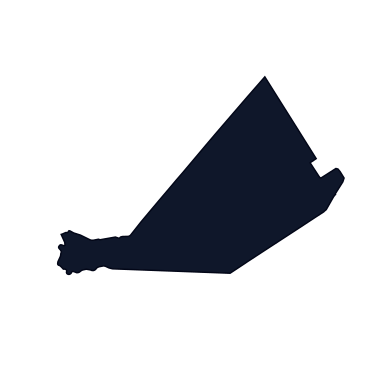 Mafraq, Mercator projection, rotated 343°
{"feature_id": "JOR-850", "entity_name": "Mafraq", "entity_type": "Province", "adm_level": 1, "iso_a3": "JOR", "parent_name": "Jordan", "parent_adm1": "", "projection": "mercator", "projection_center": [37.07, 32.534], "detail": "fine", "context": "isolated", "style": "filled", "palette": "ink", "viewbox_px": 384, "rotation_deg": 343, "n_neighbors": 0, "source": "natural_earth", "source_scale": "10m", "svg_char_len": 1631}
<svg xmlns="http://www.w3.org/2000/svg" viewBox="0 0 384 384"><g transform="rotate(343 192 192)"><path d="M119.3,215.8L120.5,215.4L134.8,205.5L148.5,196.6L158.4,190.2L173.7,180.4L180.8,175.8L189.1,170.6L204.4,160.7L219.7,150.8L231.1,143.5L246.6,133.7L254.2,128.9L273.4,116.8L295.3,103.2L299.4,118.4L303.1,132.1L306.2,143.5L310.3,158.6L314.5,174.2L320.5,196.4L313.6,198.5L313.5,198.8L313.6,199.0L318.0,214.2L318.6,215.8L319.6,216.3L336.5,211.6L338.3,212.7L339.6,215.9L341.5,223.1L339.2,226.4L328.5,235.6L328.5,236.4L327.6,236.7L325.9,238.0L315.2,248.1L312.1,249.4L312.1,249.5L302.0,252.4L281.9,258.3L261.8,264.1L241.7,269.9L224.8,274.8L221.6,275.8L204.7,280.8L93.5,242.2L90.4,240.3L87.5,237.7L85.9,236.8L81.1,236.3L79.5,236.5L78.3,237.0L77.4,237.7L76.2,238.2L74.9,238.3L73.5,237.9L71.9,236.7L68.3,234.9L64.7,234.6L63.6,234.7L62.7,235.0L60.8,235.7L59.6,235.8L58.2,235.5L56.0,233.8L54.9,233.1L54.0,233.0L52.8,234.2L51.9,234.7L50.8,234.9L49.9,234.7L49.0,234.1L48.5,233.4L48.4,232.4L48.7,231.6L49.1,231.0L49.3,230.3L48.9,229.5L48.2,228.7L46.4,228.1L45.4,226.0L44.3,224.0L43.6,223.4L42.9,222.9L42.5,222.2L42.6,221.2L43.4,219.5L47.5,214.9L48.7,212.3L49.4,211.4L49.6,210.6L49.3,209.0L48.8,208.0L48.4,207.1L48.2,206.3L48.5,205.4L49.8,204.3L50.9,204.1L51.9,204.5L53.6,205.8L54.4,206.0L55.0,205.7L55.6,203.0L54.5,194.3L55.8,194.3L59.1,193.9L59.7,193.9L60.6,194.3L61.1,194.4L61.6,194.2L62.6,193.3L63.1,193.1L64.0,193.6L66.9,196.6L72.7,200.6L80.6,208.0L81.9,208.8L83.6,209.3L88.7,209.8L90.1,210.8L93.4,211.2L105.6,212.7L108.9,215.1L110.4,214.2L112.3,214.2L118.1,215.8L119.3,215.8Z" fill="#0f172a" stroke="#020617" stroke-width="1.5"/></g></svg>